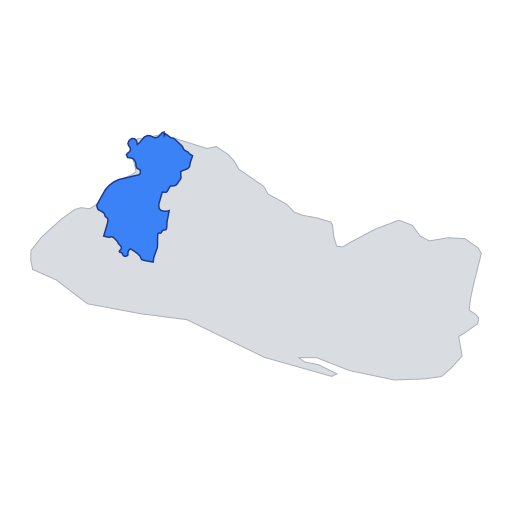 location of Santa Ana within El Salvador
{"feature_id": "SLV-1358", "entity_name": "Santa Ana", "entity_type": "Department", "adm_level": 1, "iso_a3": "SLV", "parent_name": "El Salvador", "parent_adm1": "", "projection": "orthographic", "projection_center": [-89.512, 14.11], "detail": "fine", "context": "in_parent", "style": "filled", "palette": "blue", "viewbox_px": 512, "rotation_deg": 0, "n_neighbors": 0, "source": "natural_earth", "source_scale": "10m", "svg_char_len": 3309}
<svg xmlns="http://www.w3.org/2000/svg" viewBox="0 0 512 512"><path d="M170.8,137.7L175.5,138.6L207.0,148.5L216.3,146.5L228.2,154.5L233.9,160.7L239.0,169.3L263.8,186.5L268.1,194.1L286.6,204.2L294.1,212.0L302.1,215.2L317.6,218.1L330.9,222.1L332.5,225.0L333.8,236.6L336.7,246.3L343.0,246.9L350.6,242.2L375.5,229.0L399.0,220.2L412.3,225.3L420.2,236.1L429.3,240.9L447.9,237.8L464.8,238.6L478.2,248.0L481.3,253.5L473.4,285.2L470.5,298.7L469.1,310.2L474.0,313.1L478.7,317.5L477.7,323.7L463.2,333.9L458.7,336.5L462.1,356.1L451.4,367.9L441.5,376.5L424.0,378.9L394.3,380.0L349.6,370.6L316.6,357.7L298.8,357.6L304.4,361.9L318.5,364.7L337.0,373.9L331.7,376.4L264.5,357.4L186.9,319.7L140.6,313.7L87.5,303.8L56.2,279.9L32.7,269.5L30.7,260.4L31.0,250.4L41.7,237.0L61.6,218.9L74.8,209.5L80.9,207.7L89.6,208.7L98.0,203.5L105.2,191.0L112.7,183.0L131.7,174.8L136.1,171.6L134.6,164.6L130.5,151.1L131.1,142.7L137.3,138.9L144.8,138.1L160.2,134.8L166.9,135.4L170.8,137.7Z" fill="#d9dde1" stroke="#a8b0b8" stroke-width="1"/><path d="M98.2,209.7L97.0,206.9L96.8,205.4L97.4,203.8L105.4,189.6L109.2,185.4L114.0,181.8L118.9,179.5L139.1,174.7L140.3,173.5L140.3,170.4L139.7,169.6L137.3,168.5L136.5,167.6L136.1,166.4L135.8,163.4L135.6,162.5L134.5,160.4L133.9,159.7L132.8,158.6L131.5,158.1L127.6,157.5L126.4,154.8L127.6,153.2L129.4,151.8L130.6,149.9L130.1,147.6L128.7,145.7L127.9,143.5L129.1,140.5L131.8,138.5L134.6,138.7L136.6,140.8L137.2,144.4L139.7,142.5L144.4,136.9L145.7,136.4L147.7,135.5L150.7,135.9L152.8,137.0L154.9,137.8L157.9,137.2L162.2,132.7L164.1,132.0L164.3,135.8L165.3,134.3L165.5,133.8L170.9,137.8L173.8,138.3L181.0,145.0L182.3,146.4L182.5,146.7L183.1,148.2L184.0,149.6L184.4,150.0L185.1,150.6L187.9,152.0L188.3,152.4L189.2,153.6L192.6,155.8L190.2,162.8L189.5,166.7L187.8,168.6L180.8,171.4L180.8,175.3L181.0,177.4L180.9,178.2L180.5,179.1L176.9,184.2L176.2,184.8L175.9,185.1L175.4,185.3L175.0,185.5L174.4,185.7L173.8,185.8L171.9,185.9L171.4,186.0L170.9,186.1L170.5,186.3L170.1,186.6L169.7,186.9L167.5,190.9L167.1,191.5L166.7,191.9L166.3,192.1L165.8,192.3L162.3,192.1L158.7,204.5L159.2,208.7L161.3,210.6L164.1,211.2L166.9,211.2L169.2,210.6L167.1,221.3L166.8,224.1L166.9,224.7L166.6,228.4L166.4,229.0L165.9,229.6L165.0,230.0L164.3,230.0L163.6,230.0L163.1,230.1L162.7,230.3L161.2,232.7L160.6,233.1L160.1,233.2L159.6,233.0L159.1,233.0L158.7,233.1L158.3,233.4L158.0,233.8L157.7,234.8L157.5,240.0L157.6,243.5L157.3,247.7L154.0,256.7L153.1,262.1L144.1,260.4L141.7,259.6L141.4,259.2L141.2,258.8L140.0,256.0L137.5,253.6L133.5,250.6L131.7,249.5L130.4,249.0L129.9,249.1L129.6,249.4L129.2,249.7L128.7,250.6L128.1,251.9L127.9,253.0L127.9,254.7L127.8,255.2L127.3,255.6L126.7,256.0L125.3,256.3L124.4,256.1L123.8,255.9L123.4,255.6L123.1,255.2L122.8,254.7L122.6,254.1L122.2,253.5L121.3,252.6L120.1,252.4L119.5,252.0L119.3,251.6L119.4,251.1L119.6,250.7L119.9,250.3L120.6,249.7L120.9,249.4L121.2,248.9L121.3,248.4L121.4,247.9L121.2,246.8L120.3,245.5L119.2,244.4L118.6,243.8L118.2,243.2L117.6,241.8L117.0,241.0L114.0,238.0L112.9,237.2L112.0,236.8L111.4,236.8L110.8,236.9L109.8,237.2L108.1,237.2L103.7,236.1L107.5,223.1L108.0,219.7L107.9,219.2L107.5,218.4L106.8,217.7L106.0,217.1L105.3,216.4L105.0,216.0L104.9,215.5L104.5,214.0L104.2,213.5L103.9,213.1L103.2,212.5L99.8,210.4L98.2,209.7Z" fill="#3b82f6" stroke="#1e3a8a" stroke-width="1.5"/></svg>